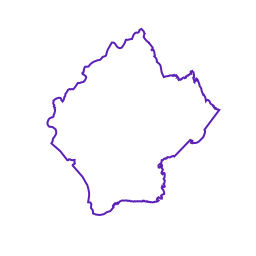 the district of Kota Pekanbaru, Riau, Indonesia, rotated 224°
{"feature_id": "22746128B3549150233660", "entity_name": "Kota Pekanbaru", "entity_type": "district", "adm_level": 2, "iso_a3": "IDN", "parent_name": "Indonesia", "parent_adm1": "Riau", "projection": "robinson", "projection_center": [101.448, 0.555], "detail": "fine", "context": "isolated", "style": "outline", "palette": "violet", "viewbox_px": 256, "rotation_deg": 224, "n_neighbors": 0, "source": "geoboundaries", "source_scale": "gbopen_adm2", "svg_char_len": 5706}
<svg xmlns="http://www.w3.org/2000/svg" viewBox="0 0 256 256"><g transform="rotate(224 128 128)"><path d="M83.3,60.8L84.3,61.0L84.5,61.4L84.6,61.6L84.5,61.8L84.8,61.9L84.8,62.3L84.6,62.7L84.8,62.8L84.8,63.2L84.9,62.9L85.0,62.9L85.1,63.6L85.0,64.0L84.8,63.8L84.7,63.9L84.7,64.3L84.6,64.6L84.7,64.8L84.3,64.8L84.4,65.3L84.2,65.4L84.1,65.7L83.9,65.3L83.7,65.6L83.3,65.7L83.2,65.7L83.2,66.2L82.8,66.3L82.6,66.5L82.9,67.6L82.7,67.9L82.9,68.2L82.9,69.4L82.2,70.8L82.3,71.0L81.7,71.9L81.5,72.2L80.9,72.5L80.4,73.1L79.0,74.5L78.8,74.9L77.9,75.3L77.3,75.5L76.9,76.2L76.4,76.8L75.2,77.1L74.5,77.9L72.6,79.2L72.3,80.1L71.4,80.5L70.5,81.8L69.7,82.2L69.1,83.2L67.5,84.3L66.9,85.2L66.5,85.4L66.5,85.7L66.2,85.9L66.1,86.3L66.4,86.4L66.0,86.8L65.7,87.0L65.0,86.9L64.5,87.2L64.2,87.5L63.3,88.1L63.4,88.5L62.8,88.5L62.5,88.8L62.2,88.8L61.9,89.3L61.2,89.6L61.1,89.9L60.7,90.2L60.1,90.3L60.0,90.5L59.5,91.0L58.7,91.5L57.8,93.0L57.6,93.0L57.3,93.9L56.6,94.4L55.7,96.0L55.7,96.7L56.5,96.2L57.5,96.7L57.3,97.5L58.1,97.8L58.0,99.4L56.7,99.7L55.7,99.7L54.6,100.7L55.6,101.9L56.7,101.9L57.2,102.4L57.1,103.7L56.1,105.6L57.0,106.5L59.6,108.0L61.1,108.0L62.3,108.5L63.0,110.0L61.8,109.8L60.8,111.2L61.7,112.0L63.6,112.6L63.6,113.7L65.1,115.9L66.2,115.9L67.2,116.3L67.5,118.1L70.0,120.7L71.0,120.7L71.2,120.2L71.1,118.7L71.8,118.7L72.7,118.9L73.2,119.7L73.9,122.3L75.9,122.6L77.3,124.5L78.2,125.1L78.4,125.1L78.5,124.7L78.2,124.1L77.7,122.7L77.7,121.8L77.9,121.2L78.5,120.9L78.9,121.1L80.2,122.4L79.9,126.1L80.1,126.8L80.8,127.4L81.4,128.3L80.8,128.9L80.6,129.5L80.7,130.8L80.4,131.4L80.3,131.7L79.9,131.7L79.8,132.1L79.5,132.2L79.2,132.6L79.3,132.8L79.1,132.9L79.1,133.3L79.4,134.0L79.4,134.4L79.0,134.9L78.3,135.2L77.6,135.8L77.2,136.4L77.2,136.9L77.1,137.4L76.8,137.7L76.7,138.2L76.4,138.5L76.2,139.2L76.0,139.4L74.9,139.6L74.9,162.7L73.0,163.5L72.6,162.3L72.8,161.8L72.5,161.1L71.1,161.7L71.0,161.8L70.8,162.4L70.8,162.8L69.7,163.4L69.2,163.9L68.3,165.3L67.8,166.7L67.6,167.9L67.5,173.1L67.9,174.8L68.6,176.4L69.4,178.0L69.9,178.7L70.6,179.4L71.8,179.9L74.9,204.4L76.4,203.8L76.6,203.5L77.2,203.2L78.9,202.3L79.0,202.3L79.0,203.2L80.5,202.7L80.6,202.9L81.0,202.8L81.9,202.8L82.0,203.5L85.0,202.9L86.0,203.0L87.8,203.8L89.3,203.9L89.5,203.7L90.2,203.6L90.5,202.9L90.8,202.2L90.7,201.6L92.8,203.2L94.2,203.9L96.7,204.6L96.9,204.1L97.4,204.2L97.9,204.6L100.3,205.6L103.0,207.4L105.5,208.0L106.7,208.6L107.4,209.3L108.0,209.5L110.3,210.6L110.9,210.8L111.1,210.2L111.7,210.4L112.3,211.2L113.0,211.2L113.1,210.6L112.7,209.8L112.3,209.7L112.2,209.6L112.3,208.1L112.1,207.4L112.3,207.2L112.2,207.1L112.4,207.1L113.1,207.9L115.9,209.4L115.5,210.3L116.9,211.1L117.1,211.9L119.6,213.5L120.5,213.4L121.4,213.7L122.1,212.2L120.2,210.9L121.1,210.2L120.9,209.2L121.0,209.1L121.2,208.5L121.1,208.3L121.3,207.9L121.2,207.4L121.8,207.0L121.8,205.9L122.1,205.3L121.3,204.7L121.3,204.3L121.8,203.3L122.1,203.4L122.8,203.2L123.1,202.8L123.4,202.0L123.5,201.4L123.3,201.0L123.4,200.2L123.7,199.5L123.9,199.7L124.6,198.3L124.8,197.8L125.5,198.0L125.4,198.4L126.1,198.9L127.2,199.0L127.3,198.9L127.6,199.1L127.8,198.7L127.9,199.0L128.8,199.2L129.2,199.5L129.8,199.5L129.9,199.4L130.1,199.4L130.2,198.4L130.4,198.4L130.5,198.3L131.2,198.3L131.0,197.8L131.3,197.4L131.7,197.1L131.8,196.8L132.4,197.1L132.5,196.8L133.8,195.4L134.4,195.0L134.6,194.2L136.1,192.0L136.8,191.2L137.6,189.5L142.4,191.4L148.0,195.5L150.2,195.9L153.3,195.6L154.0,196.5L155.9,197.6L157.4,197.8L159.0,197.8L159.0,198.8L162.0,201.0L164.0,201.9L164.5,201.5L164.8,200.6L165.4,200.7L165.4,202.2L166.2,203.1L167.1,203.1L170.5,203.6L171.9,203.6L172.2,204.0L173.0,203.8L175.5,203.6L178.7,204.0L180.1,204.8L180.2,204.7L181.0,205.9L181.6,207.6L182.5,207.6L183.7,208.4L187.2,208.6L187.6,207.3L187.7,206.1L186.9,205.1L187.2,203.2L188.1,202.6L188.8,201.6L188.8,199.2L187.0,194.8L188.6,192.7L189.4,191.1L190.9,190.3L191.1,190.6L189.2,186.4L188.3,181.6L189.0,180.3L190.0,179.3L191.1,179.0L192.7,178.9L194.9,179.5L197.4,179.6L199.0,178.2L197.1,170.8L196.4,168.8L194.2,164.9L194.2,164.1L195.2,162.3L195.6,161.1L195.4,159.6L195.4,157.8L197.1,155.3L198.7,151.7L199.3,149.1L199.4,146.9L199.2,146.1L199.2,144.7L200.1,143.5L200.9,143.0L201.4,142.2L201.2,141.1L200.8,140.4L199.7,138.5L198.9,137.6L198.9,136.7L199.1,136.4L198.9,135.7L198.5,135.4L197.9,135.3L197.7,135.5L197.1,135.7L195.5,135.8L194.7,135.9L194.0,135.9L193.5,135.6L193.0,135.1L192.5,133.7L192.3,132.8L192.0,132.1L192.2,131.5L192.0,130.5L192.1,130.1L193.1,128.8L194.0,126.6L194.9,126.1L195.4,125.5L194.6,121.4L194.2,117.9L195.4,117.1L196.3,115.7L197.1,115.5L197.6,113.8L196.8,110.6L196.7,109.1L195.3,107.2L195.3,106.0L194.5,104.9L193.7,103.0L193.5,101.6L195.4,101.8L196.7,102.7L197.5,102.6L198.7,101.8L199.5,100.4L200.0,99.4L200.4,97.9L200.6,95.7L199.7,95.0L199.1,94.0L198.7,93.7L197.7,93.3L197.0,93.3L196.9,93.3L196.5,92.2L196.0,92.2L195.5,91.7L194.7,91.9L194.5,91.2L193.9,90.7L193.3,90.7L192.0,89.0L190.8,86.9L190.8,86.4L190.6,85.7L190.0,85.2L189.5,84.4L189.6,83.4L190.2,82.8L190.8,81.4L191.1,80.1L191.1,79.3L190.8,78.4L190.3,77.1L189.5,75.7L188.3,74.7L186.9,74.3L185.4,74.3L184.4,75.2L183.2,76.1L182.4,76.4L179.3,76.7L178.5,76.4L177.7,75.9L176.2,74.6L175.5,73.5L175.2,72.3L174.7,70.0L174.7,68.8L174.3,67.8L173.2,66.4L172.8,65.5L172.4,63.7L160.6,64.3L149.3,62.7L148.9,63.0L148.7,63.2L148.6,63.7L148.8,64.3L148.1,65.0L147.7,65.3L147.2,65.2L146.3,65.8L145.9,65.9L145.4,66.4L144.9,67.3L144.3,67.9L143.9,67.3L143.4,67.1L142.5,65.9L141.6,65.6L141.5,65.4L141.6,65.1L142.1,63.5L141.8,62.6L126.7,61.3L120.8,59.5L117.7,58.7L114.4,56.8L111.3,54.6L109.8,53.3L108.0,51.0L105.1,46.9L103.5,48.2L101.5,47.8L99.2,44.8L96.1,44.3L93.8,42.3L90.9,43.5L87.8,45.9L85.5,49.2L84.8,52.7L83.0,55.9L83.3,60.8Z" fill="none" stroke="#5b21b6" stroke-width="2"/></g></svg>